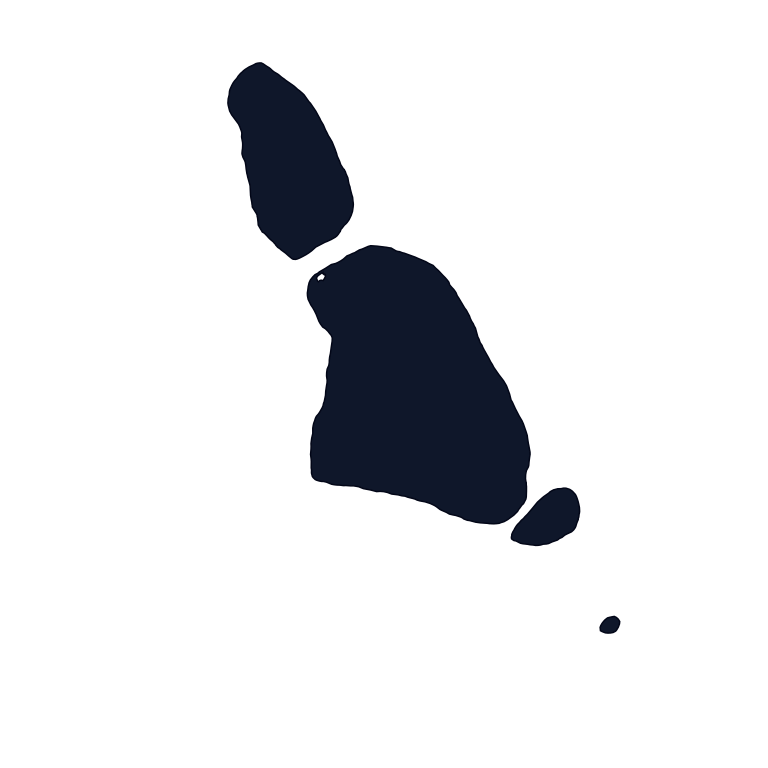 Male', Maldives (orthographic projection), rotated 144°
{"feature_id": "70690204B31972615950169", "entity_name": "Male'", "entity_type": "district", "adm_level": 2, "iso_a3": "MDV", "parent_name": "Maldives", "parent_adm1": "", "projection": "orthographic", "projection_center": [73.47, 4.391], "detail": "fine", "context": "isolated", "style": "filled", "palette": "ink", "viewbox_px": 768, "rotation_deg": 144, "n_neighbors": 0, "source": "geoboundaries", "source_scale": "gbopen_adm2", "svg_char_len": 6128}
<svg xmlns="http://www.w3.org/2000/svg" viewBox="0 0 768 768"><g transform="rotate(144 384 384)"><path d="M495.0,354.6L496.3,351.3L496.3,349.8L495.8,347.1L495.0,345.7L493.4,343.6L491.7,341.8L490.3,340.8L488.2,338.4L485.3,333.7L483.7,332.0L481.9,330.3L479.0,328.0L476.6,325.7L474.4,324.2L470.6,321.0L468.6,319.6L466.8,317.8L464.8,315.7L462.2,311.5L457.2,306.2L453.2,301.3L450.2,299.4L447.5,297.1L445.0,294.3L442.5,290.5L437.7,286.0L435.3,283.1L432.9,280.9L431.4,278.6L429.6,276.4L428.3,274.9L426.5,272.6L425.5,270.7L423.7,268.4L420.0,264.5L416.9,260.3L415.5,257.8L414.5,255.9L413.7,253.9L412.5,249.8L411.8,248.3L408.9,243.4L407.6,240.4L405.1,237.5L403.2,235.5L401.8,233.6L400.2,231.4L399.2,229.5L398.8,228.0L396.7,224.8L395.1,223.3L391.1,218.4L387.7,215.1L382.2,210.5L380.8,209.1L377.4,206.4L375.0,204.9L372.7,203.6L370.7,203.1L367.9,202.1L363.7,201.6L356.1,201.6L350.9,202.4L349.0,203.3L347.2,203.8L343.6,205.0L341.5,205.2L336.9,207.5L335.2,209.1L331.7,213.6L329.0,217.3L328.1,218.9L326.9,220.6L326.4,222.0L325.2,224.2L322.8,227.3L321.2,228.9L319.6,230.3L315.9,232.1L314.6,233.2L312.4,235.8L309.3,239.1L307.2,241.2L305.9,243.1L302.9,249.4L302.1,251.2L299.6,256.0L298.4,258.1L297.1,261.9L294.7,269.8L294.0,273.1L293.5,278.5L292.2,287.1L290.8,294.0L290.6,296.4L288.3,302.1L286.1,310.0L285.9,311.0L285.4,316.3L285.6,324.2L285.4,332.9L284.9,336.1L284.7,339.4L284.0,343.7L283.0,352.5L282.5,355.8L282.0,357.6L281.9,361.0L280.8,364.5L280.4,367.0L277.2,375.4L276.9,378.1L276.4,380.2L276.2,383.4L275.6,386.5L274.9,388.7L274.5,391.8L274.0,395.3L274.1,397.7L273.0,409.7L272.9,412.4L272.1,415.5L272.0,417.7L272.0,419.5L272.4,422.6L272.6,425.6L271.7,428.2L271.7,430.6L272.0,434.1L272.5,437.2L273.3,443.7L274.1,447.4L274.6,451.1L276.8,455.0L278.3,458.4L282.6,465.5L284.2,468.3L290.7,477.9L292.0,479.4L293.6,481.9L294.9,483.1L296.1,484.7L298.3,489.8L299.6,491.0L301.5,493.0L308.7,499.7L313.5,503.7L315.9,504.6L322.3,506.0L325.3,507.0L326.1,507.0L328.5,507.3L330.4,507.4L332.4,508.0L334.4,508.4L335.7,508.6L338.6,509.4L343.5,508.9L346.6,509.0L349.8,509.4L352.2,509.9L356.4,511.6L363.6,512.0L370.4,512.7L372.7,512.5L375.5,513.0L378.7,512.5L382.5,511.4L385.0,510.0L388.0,507.4L390.5,504.7L392.5,502.7L394.1,500.3L395.6,497.1L396.7,490.9L396.8,487.7L397.2,484.2L397.9,480.2L399.8,472.9L400.1,470.1L400.1,466.1L398.9,463.1L398.3,459.4L398.3,457.4L398.1,454.3L398.7,451.8L400.8,449.1L405.3,444.5L409.4,440.2L412.1,437.8L414.1,435.6L415.7,433.5L417.7,431.5L421.3,429.4L423.8,426.8L425.8,424.2L427.8,420.4L429.5,418.3L431.3,416.6L435.4,412.4L438.0,409.2L440.5,406.9L442.7,404.9L444.4,403.8L446.0,402.3L448.0,401.1L452.4,399.1L454.6,398.3L457.7,397.6L459.6,396.6L461.6,395.1L464.0,393.5L465.8,391.9L467.6,390.1L470.7,385.8L472.7,384.1L474.4,382.6L478.0,378.8L479.6,376.4L481.3,374.2L484.8,370.2L487.1,366.0L488.4,364.0L492.2,358.9L493.1,357.1L495.0,354.6ZM373.6,510.4L369.3,510.4L368.0,510.1L368.3,509.9L368.6,509.4L368.3,508.2L368.1,508.5L367.7,508.5L367.4,507.9L367.1,507.1L368.1,505.5L369.7,504.6L372.4,503.4L373.8,504.9L374.7,505.3L375.5,505.5L376.5,505.2L376.9,505.2L377.2,505.8L377.2,506.3L376.7,508.6L376.3,509.3L375.1,510.1L373.6,510.4ZM392.8,581.8L392.9,580.3L393.1,578.5L392.4,577.1L392.0,575.7L391.5,571.8L391.4,570.4L391.0,567.9L390.1,564.4L389.9,563.0L390.0,562.2L389.7,561.3L389.9,560.1L389.6,557.0L388.6,554.3L388.4,553.0L386.7,547.7L385.9,543.9L384.8,539.7L384.2,538.4L382.3,536.8L380.6,536.1L378.1,535.5L375.0,535.0L371.2,534.5L368.0,534.3L364.4,534.3L358.7,534.9L348.4,533.4L346.2,532.8L341.6,531.9L337.2,531.4L335.1,531.5L333.1,532.0L330.4,533.0L329.8,533.1L328.0,534.4L326.1,534.8L322.9,535.8L320.7,536.0L318.8,536.4L315.8,537.4L311.5,539.7L308.0,542.2L304.9,545.4L303.4,547.1L302.5,548.5L301.6,550.2L299.6,553.6L299.0,555.5L297.7,558.9L296.4,562.1L295.7,563.4L295.0,565.9L294.0,568.2L292.1,572.0L291.1,576.7L290.5,578.4L290.3,580.1L290.1,580.8L290.4,582.1L290.1,586.9L289.0,590.4L287.9,595.8L286.9,598.3L285.5,603.0L283.7,610.2L283.2,615.4L283.1,617.5L282.4,621.2L282.0,624.1L280.8,629.2L280.3,634.6L280.0,635.7L278.8,644.9L278.5,654.4L278.8,656.5L278.8,657.7L278.7,664.9L279.1,667.2L280.0,671.0L280.7,673.1L281.6,677.5L282.4,680.0L285.1,687.7L285.4,689.1L286.4,691.9L286.9,693.8L287.2,695.2L287.8,697.2L289.4,700.8L290.1,703.1L290.6,705.9L291.1,707.6L292.1,709.9L293.6,714.1L294.6,715.9L295.8,716.8L297.6,717.8L299.3,718.5L301.9,718.8L306.8,719.8L311.3,720.1L313.9,720.0L314.8,719.8L317.5,719.6L320.9,718.8L323.4,717.8L326.9,717.0L329.0,716.3L331.7,715.0L335.4,712.9L336.9,711.7L339.3,708.9L342.4,706.3L345.1,703.1L346.1,701.3L348.4,695.6L349.0,691.3L348.9,679.8L349.5,676.8L350.8,672.2L351.3,671.0L351.8,670.2L354.0,667.6L356.4,662.6L357.3,661.2L358.4,659.7L360.2,657.5L361.4,656.3L363.3,654.1L363.8,653.2L364.8,650.4L365.4,646.6L365.9,644.9L367.4,641.9L369.1,639.0L371.2,634.9L371.8,633.3L372.6,631.6L375.3,624.3L376.0,622.8L381.1,615.0L382.6,612.1L384.2,608.6L385.1,607.1L385.7,605.8L386.5,604.6L387.0,597.2L387.3,595.4L388.1,594.1L388.6,592.8L390.7,589.1L392.3,586.5L392.8,581.8ZM371.6,182.9L370.9,181.0L369.9,179.9L369.5,179.5L367.2,175.0L365.6,173.2L362.2,170.1L360.3,168.1L358.0,166.1L356.1,164.2L354.0,162.8L351.9,161.7L349.3,160.8L346.6,159.1L344.6,158.2L340.9,157.5L335.3,155.8L332.9,155.9L330.1,155.3L326.6,155.5L324.4,155.2L319.2,154.2L316.4,154.5L314.5,155.1L312.8,155.9L309.9,158.1L308.2,159.2L306.6,160.1L305.8,161.1L304.6,161.9L302.7,164.0L301.8,164.7L300.6,166.0L298.5,169.2L297.0,172.5L295.9,175.2L294.9,178.3L294.4,180.2L294.1,182.2L294.6,186.5L295.4,188.9L295.9,189.9L297.9,192.6L298.7,193.3L300.1,194.3L302.2,195.2L305.0,197.1L309.1,198.7L312.7,199.2L314.9,198.9L320.7,199.0L322.7,198.9L329.3,198.2L336.9,196.2L344.5,194.3L347.9,193.8L350.3,193.2L353.1,193.0L355.8,192.3L358.5,191.9L360.5,191.3L363.0,190.3L364.9,189.3L366.7,188.6L368.9,187.3L369.9,186.1L371.0,185.2L371.8,183.8L371.6,182.9ZM353.9,57.2L353.0,55.4L351.2,52.6L349.4,51.0L347.2,49.5L344.7,48.3L341.9,47.9L340.3,48.3L337.3,49.6L334.5,51.5L332.9,53.3L332.7,56.1L333.2,58.5L334.3,60.6L335.9,61.4L338.8,62.7L340.7,63.4L343.7,63.3L345.8,62.9L348.2,62.2L350.5,61.2L352.2,60.1L353.9,57.2Z" fill="#0f172a" stroke="#020617" stroke-width="1.5"/></g></svg>